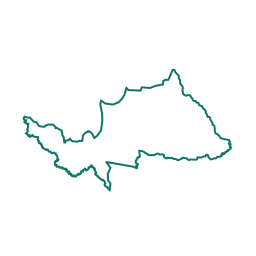 outline of Isidoro Noblía, Cerro Largo, Uruguay, rotated 188°
{"feature_id": "84410073B42305174604514", "entity_name": "Isidoro Noblía", "entity_type": "district", "adm_level": 2, "iso_a3": "URY", "parent_name": "Uruguay", "parent_adm1": "Cerro Largo", "projection": "albers", "projection_center": [-54.072, -32.059], "detail": "fine", "context": "isolated", "style": "outline", "palette": "teal", "viewbox_px": 256, "rotation_deg": 188, "n_neighbors": 0, "source": "geoboundaries", "source_scale": "gbopen_adm2", "svg_char_len": 5793}
<svg xmlns="http://www.w3.org/2000/svg" viewBox="0 0 256 256"><g transform="rotate(188 128 128)"><path d="M231.9,124.8L232.1,124.3L232.7,123.8L232.5,122.6L232.0,121.8L231.6,121.5L230.2,121.6L229.9,121.2L229.9,120.7L230.7,119.7L231.4,119.6L231.4,119.4L228.9,118.1L227.9,118.0L227.7,118.5L227.2,118.3L227.2,117.8L227.6,117.1L227.5,116.1L226.9,115.4L227.2,114.9L227.2,113.8L227.6,112.7L227.5,112.3L227.3,112.0L227.0,112.0L226.8,111.6L227.0,110.1L227.5,109.2L228.2,108.4L227.2,107.9L227.0,108.0L226.5,107.4L226.2,107.4L225.9,106.9L225.0,107.1L225.1,106.3L224.7,106.4L224.6,106.7L224.2,106.7L223.8,106.2L224.1,105.8L224.0,105.6L223.3,105.7L222.7,106.4L222.0,106.5L221.9,107.0L222.2,107.3L221.7,107.7L219.6,106.3L216.1,106.5L215.8,106.4L215.6,105.6L216.0,104.3L215.3,103.3L214.9,103.2L214.5,102.9L214.4,101.8L214.6,101.6L214.0,101.0L214.0,100.7L213.7,100.5L212.8,100.9L212.0,99.8L211.6,99.9L211.6,99.6L211.4,99.6L211.1,99.2L211.1,98.6L210.5,98.2L210.8,98.0L210.6,97.5L210.3,97.2L209.7,96.3L208.8,96.4L208.5,95.8L207.0,95.4L206.1,95.5L206.0,95.0L205.5,95.0L204.8,95.5L204.3,95.4L204.0,95.1L204.2,94.8L204.1,94.6L203.1,93.8L202.4,93.6L201.4,93.9L200.9,93.0L199.6,92.4L199.1,92.5L198.7,93.1L198.1,93.1L197.9,93.3L196.9,92.6L196.0,92.7L195.7,91.6L195.1,91.1L194.4,90.9L193.8,88.6L192.6,87.3L192.6,86.4L193.0,85.8L193.4,85.9L193.6,86.4L194.1,86.4L194.3,86.0L194.1,85.7L194.3,85.6L194.3,85.2L195.0,85.2L195.1,84.6L194.8,84.4L194.9,84.1L195.2,84.1L195.5,84.5L195.7,84.3L195.4,81.7L194.9,81.2L193.6,81.5L193.4,81.0L194.1,80.8L193.4,79.9L193.0,80.3L191.5,79.8L191.0,80.1L190.1,79.3L189.9,79.6L189.6,79.5L189.2,79.8L188.9,79.8L188.8,79.5L188.4,79.7L188.1,79.5L187.6,79.8L186.9,79.2L186.9,78.8L186.3,79.1L185.3,78.5L184.7,79.0L184.2,78.4L183.9,78.9L183.4,78.8L182.7,78.1L182.7,76.6L180.1,76.7L179.8,76.0L180.8,76.3L181.1,75.6L180.7,75.2L179.7,75.5L179.3,75.2L180.2,74.6L180.1,74.3L179.8,74.2L179.5,74.5L178.4,74.2L177.9,74.4L177.8,73.2L177.0,72.8L176.4,73.3L175.3,73.4L175.6,72.5L175.1,72.3L174.8,72.4L174.9,72.7L174.7,72.9L172.9,72.8L172.9,73.2L172.4,73.5L172.4,74.0L171.8,74.4L171.5,75.1L170.7,75.0L170.5,75.7L169.9,75.6L169.7,75.2L169.1,75.6L168.8,75.9L168.8,76.5L168.2,76.9L168.5,77.6L168.1,77.9L168.1,78.6L167.6,78.4L167.3,78.8L166.8,78.9L166.7,79.4L166.5,79.2L166.4,80.3L165.3,81.1L165.2,81.7L164.3,81.5L163.6,80.6L163.7,80.3L163.1,80.3L161.2,82.1L161.2,82.7L161.6,83.0L161.5,83.5L161.1,83.9L159.2,84.4L159.1,85.0L159.4,85.1L159.5,85.8L158.7,85.9L158.1,84.2L157.2,84.5L157.0,84.0L156.2,83.4L155.7,83.5L155.3,83.1L155.2,82.7L155.6,82.4L155.6,82.1L154.8,81.7L154.6,80.9L153.5,79.9L154.1,78.0L153.5,77.8L153.2,77.9L153.2,77.1L152.7,76.6L151.1,76.2L151.0,75.4L150.6,75.3L150.3,75.0L149.6,75.0L148.6,74.1L148.5,73.8L147.8,73.6L147.5,73.3L147.0,73.3L146.1,72.5L145.8,72.5L145.8,73.0L145.6,73.2L145.1,72.7L143.9,72.1L143.2,70.8L143.2,70.2L142.8,69.9L142.9,69.5L143.2,69.4L143.4,69.0L143.0,68.0L142.7,67.6L142.0,67.4L141.6,66.9L140.8,66.6L140.1,66.6L139.6,65.6L137.6,64.0L137.4,66.5L137.7,70.8L140.4,73.2L141.6,79.5L139.9,86.1L144.5,91.0L144.3,91.3L117.4,90.4L115.1,89.7L113.8,89.5L113.4,89.7L113.3,90.5L114.3,91.1L114.6,92.0L114.2,92.4L113.1,93.0L113.4,93.7L115.1,94.5L115.7,95.2L115.7,96.8L115.1,97.3L115.0,98.7L114.3,99.1L114.3,100.3L113.8,100.7L112.7,100.7L112.4,101.1L112.5,103.0L113.1,104.1L113.6,107.0L110.9,107.1L108.9,106.6L107.6,105.8L105.0,104.9L104.1,104.0L102.0,104.2L101.0,104.5L98.2,104.7L97.3,105.6L95.0,106.9L92.9,106.1L90.9,106.6L89.8,106.6L88.6,106.2L88.5,104.6L87.9,104.0L86.8,103.6L86.2,103.2L85.4,103.3L85.0,104.1L81.8,104.1L80.2,104.5L78.9,103.8L75.9,103.8L74.4,103.1L73.6,103.2L70.4,105.2L70.0,106.1L65.9,106.2L64.0,104.9L62.9,104.8L61.9,105.5L56.1,106.1L55.2,106.8L55.0,108.6L51.2,109.0L49.0,110.4L47.4,110.6L46.9,112.2L45.9,112.5L45.2,112.3L44.6,111.5L44.3,110.5L43.1,109.3L41.8,108.5L40.5,108.7L38.3,110.0L36.8,110.1L35.6,111.9L33.1,112.2L31.7,113.2L32.2,113.6L31.9,114.3L31.4,114.5L31.6,115.2L31.4,115.8L30.6,115.7L30.3,115.8L30.3,116.3L29.9,116.3L29.6,115.5L29.1,115.8L29.2,116.3L28.2,117.0L28.2,117.8L27.3,118.1L26.8,118.5L26.6,119.1L26.2,118.9L25.7,119.2L25.7,120.2L24.6,120.6L23.6,121.8L23.3,123.0L23.6,123.3L23.9,122.9L24.4,123.2L24.7,124.9L24.2,125.4L24.2,126.0L25.3,125.8L25.8,126.4L25.3,126.8L25.5,127.5L25.1,127.5L25.2,128.3L25.6,128.4L25.7,129.1L26.1,130.1L31.8,130.4L35.2,131.0L36.3,132.7L37.8,133.9L40.4,134.9L41.5,136.6L42.0,139.5L42.8,142.1L43.3,142.6L44.7,143.0L45.0,144.7L47.6,147.8L48.1,149.5L49.0,150.2L50.6,150.1L52.2,153.0L53.1,153.8L53.4,155.5L54.9,157.1L56.4,157.8L57.2,158.6L57.6,160.0L60.3,160.3L60.9,160.7L61.7,162.6L62.4,162.8L63.6,162.7L64.2,163.4L64.4,163.9L67.0,164.2L67.8,164.7L68.3,166.1L69.4,166.9L70.9,168.9L73.0,169.0L74.4,168.3L75.5,168.1L77.4,168.9L78.4,169.8L78.7,171.5L79.4,172.8L79.3,175.2L79.7,176.5L82.5,179.3L83.0,182.5L84.7,184.4L85.0,186.7L89.2,190.2L90.1,192.0L91.8,191.8L94.7,181.4L98.2,180.7L99.6,179.3L99.5,175.9L102.8,174.9L107.1,173.3L111.7,170.7L120.0,170.2L120.7,166.8L132.9,165.6L135.1,167.5L135.3,167.1L136.0,160.9L137.8,156.5L140.7,152.2L146.3,149.1L153.9,149.1L157.7,151.0L158.5,151.2L158.8,148.6L158.2,145.8L155.9,139.5L154.5,132.5L154.4,121.9L157.2,116.3L159.9,113.4L160.3,113.5L161.1,115.2L162.6,117.2L163.8,118.3L165.8,119.2L166.9,119.3L167.1,118.5L168.3,118.3L170.4,116.4L171.5,113.9L171.5,109.3L171.6,108.8L174.2,108.6L176.2,107.4L181.1,107.1L182.9,108.2L183.9,109.3L184.9,107.9L187.5,106.9L188.3,104.8L189.0,104.8L189.3,105.3L189.5,107.3L190.0,108.2L190.2,109.5L192.3,112.3L192.4,114.0L193.0,114.9L193.5,116.4L194.3,116.4L198.0,118.0L198.8,118.1L199.4,117.7L199.7,117.8L199.9,118.8L202.6,120.8L204.5,120.7L207.5,120.3L208.4,119.6L209.8,119.2L210.5,117.9L212.1,117.4L216.2,117.5L216.9,118.0L219.2,120.8L222.1,121.2L223.1,121.7L226.3,124.6L229.3,124.3L231.9,124.8Z" fill="none" stroke="#0f766e" stroke-width="2"/></g></svg>